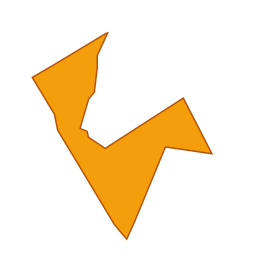 outline of Akjoujt, Inchiri, Mauritania, rotated 148°
{"feature_id": "47542326B26316239883363", "entity_name": "Akjoujt", "entity_type": "district", "adm_level": 2, "iso_a3": "MRT", "parent_name": "Mauritania", "parent_adm1": "Inchiri", "projection": "robinson", "projection_center": [-14.718, 19.947], "detail": "fine", "context": "isolated", "style": "filled", "palette": "amber", "viewbox_px": 256, "rotation_deg": 148, "n_neighbors": 0, "source": "geoboundaries", "source_scale": "gbopen_adm2", "svg_char_len": 482}
<svg xmlns="http://www.w3.org/2000/svg" viewBox="0 0 256 256"><g transform="rotate(148 128 128)"><path d="M94.9,219.4L96.5,219.9L157.3,220.9L182.4,221.6L183.1,178.6L188.8,163.5L189.4,124.8L190.7,53.0L188.0,34.4L172.3,44.9L165.0,50.1L106.3,92.1L70.5,61.7L67.2,100.0L67.3,100.0L65.3,124.1L158.2,122.8L166.5,141.2L164.4,146.7L168.9,153.0L162.2,159.0L145.9,173.5L144.0,174.1L137.6,176.2L122.0,195.6L115.7,205.7L94.9,219.4Z" fill="#f59e0b" stroke="#b45309" stroke-width="1.5"/></g></svg>